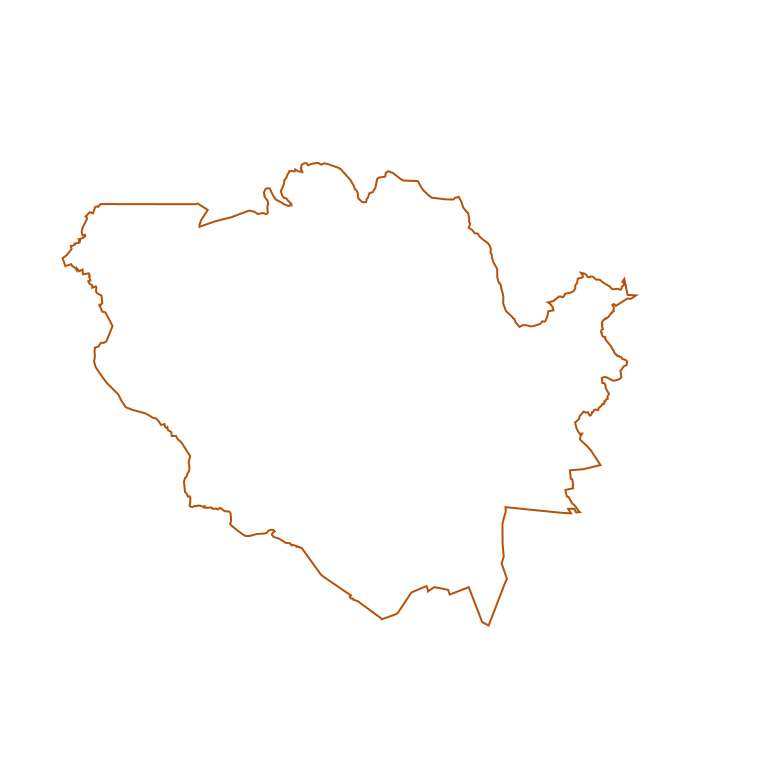 outline of Zacoalco de Torres, Jalisco, Mexico, rotated 161°
{"feature_id": "50627088B31834230260216", "entity_name": "Zacoalco de Torres", "entity_type": "district", "adm_level": 2, "iso_a3": "MEX", "parent_name": "Mexico", "parent_adm1": "Jalisco", "projection": "robinson", "projection_center": [-103.58, 20.244], "detail": "fine", "context": "isolated", "style": "outline", "palette": "amber", "viewbox_px": 768, "rotation_deg": 161, "n_neighbors": 0, "source": "geoboundaries", "source_scale": "gbopen_adm2", "svg_char_len": 6166}
<svg xmlns="http://www.w3.org/2000/svg" viewBox="0 0 768 768"><g transform="rotate(161 384 384)"><path d="M331.2,159.7L331.2,176.2L327.0,181.8L323.8,194.6L317.6,213.0L314.5,218.0L310.6,223.4L309.2,228.0L259.4,205.0L249.3,200.8L250.5,206.0L244.7,204.1L244.2,200.0L240.5,199.1L241.8,202.0L242.9,206.4L245.1,210.2L246.3,217.1L247.7,218.1L247.3,223.8L246.9,224.8L239.2,223.8L238.7,226.4L237.9,226.8L237.2,231.7L237.4,233.3L238.2,233.6L236.4,241.8L222.8,238.5L205.7,236.9L210.0,253.8L212.2,259.1L216.8,267.8L215.1,270.8L212.8,272.6L213.8,273.0L214.9,272.6L215.8,275.2L216.4,279.4L215.9,285.3L211.0,287.4L209.4,290.0L204.1,293.0L202.6,291.2L200.4,291.0L199.8,287.2L198.8,287.1L197.1,288.3L196.7,289.6L195.5,289.5L193.8,290.9L192.6,291.2L190.1,289.5L188.7,291.4L185.5,292.7L183.9,294.1L183.3,293.4L182.7,293.5L181.9,294.1L181.3,295.9L180.3,295.7L178.9,297.1L177.3,297.2L176.8,299.4L174.5,301.4L175.7,307.8L175.1,310.7L175.3,312.6L175.5,313.1L177.2,313.7L176.1,318.8L173.5,318.9L171.6,318.0L167.0,313.2L165.2,312.1L160.8,311.9L158.4,312.5L157.3,313.4L156.2,319.4L151.1,322.8L148.5,322.8L146.8,326.1L147.7,328.0L150.5,330.1L150.9,332.1L152.4,333.1L152.7,334.0L154.3,334.6L154.3,335.8L155.2,336.3L156.1,339.0L155.8,340.2L156.4,341.3L157.1,345.9L159.9,353.3L159.8,354.2L160.3,354.9L159.5,356.2L161.7,357.7L161.8,360.7L161.5,361.5L161.9,361.8L161.9,362.6L160.5,364.4L159.2,364.7L159.0,368.0L157.9,369.4L158.4,370.3L157.6,371.6L155.2,373.2L154.0,373.2L153.7,373.9L152.9,374.0L152.7,373.5L149.9,374.4L146.6,376.7L144.6,377.3L144.2,378.3L142.9,378.3L142.8,379.6L141.7,381.6L142.3,384.4L141.1,384.9L140.1,384.0L139.4,382.4L125.8,385.6L122.9,384.1L116.9,385.7L124.6,388.9L123.7,396.7L123.0,398.3L123.4,398.4L122.6,405.1L125.4,403.0L124.0,401.3L125.5,399.1L127.5,398.5L129.0,396.2L130.3,396.5L131.7,397.9L136.4,398.9L137.9,400.2L138.8,402.8L143.8,408.5L145.8,411.9L147.2,413.0L149.0,413.3L150.1,414.5L151.1,416.7L152.3,417.9L153.5,418.4L154.9,417.9L156.6,418.9L157.1,421.3L158.3,423.0L161.6,425.0L160.7,421.9L161.3,420.3L163.7,420.1L165.0,420.6L166.6,420.3L168.5,416.7L171.0,415.0L172.2,411.8L174.7,410.1L177.0,409.6L183.4,410.4L185.4,408.4L186.8,407.9L188.8,409.4L190.1,409.7L197.1,407.2L202.4,407.8L200.7,405.5L199.5,401.8L199.8,398.5L205.1,399.3L207.4,394.9L210.7,391.2L212.0,390.7L213.9,391.7L216.7,390.0L223.5,390.0L226.6,390.7L229.5,392.8L233.5,394.5L237.3,393.8L239.5,399.5L239.5,403.0L240.6,404.1L240.9,405.7L244.9,413.3L245.0,415.1L245.1,421.4L242.9,427.1L242.3,430.4L242.1,436.1L241.3,439.0L241.7,441.3L242.5,442.0L242.2,447.9L239.7,455.4L239.7,457.0L240.9,463.1L240.8,468.1L240.0,471.4L240.6,473.4L239.0,476.8L239.0,480.1L239.9,483.4L243.7,488.8L245.8,492.7L246.4,495.7L249.1,496.9L250.4,500.6L253.0,504.2L250.4,507.5L250.7,509.9L249.6,512.6L248.8,518.6L249.7,519.7L251.7,525.0L251.5,530.8L252.4,536.6L256.4,536.8L258.0,535.9L260.2,536.5L265.3,538.4L278.2,544.6L280.9,548.7L284.2,555.4L286.0,564.9L298.8,569.8L301.1,571.8L306.8,580.5L310.8,583.9L313.6,583.1L315.3,579.7L322.0,580.9L323.9,579.9L328.1,572.5L332.2,569.0L335.6,569.2L338.4,565.6L340.2,564.5L341.7,561.8L345.2,562.9L347.9,568.0L346.8,572.2L346.8,574.8L347.0,575.9L348.2,577.9L347.9,580.3L349.4,588.0L354.8,600.9L356.5,603.1L365.6,610.3L368.6,612.1L371.9,611.9L374.3,614.4L376.1,614.9L379.6,615.6L384.6,615.6L385.3,617.9L387.3,618.7L390.0,618.2L390.8,617.7L392.0,615.0L392.1,616.0L392.6,614.4L392.1,612.1L392.3,610.9L396.0,613.2L398.1,615.8L399.1,614.2L402.8,615.8L404.4,616.0L404.8,615.0L407.0,613.6L409.1,610.9L412.0,608.9L413.5,605.6L418.8,599.9L418.9,595.0L417.9,592.4L415.9,591.3L415.3,589.1L413.0,584.6L413.4,583.0L414.8,583.7L415.8,583.2L416.8,583.8L420.5,587.0L421.3,588.4L426.3,593.7L427.8,600.0L428.3,606.1L430.3,607.0L432.4,607.0L435.2,604.3L435.5,601.3L435.8,601.3L435.9,600.0L434.4,595.1L434.8,591.9L436.0,590.7L437.0,588.3L438.2,583.5L440.3,583.1L442.6,585.0L448.0,585.8L450.2,588.8L455.0,591.9L473.8,591.4L490.8,592.8L507.3,592.7L506.6,594.6L503.8,598.2L494.0,606.0L501.5,615.4L503.6,615.3L591.1,645.6L593.4,646.4L596.3,644.7L596.4,645.2L599.5,645.3L603.6,640.1L606.3,642.2L611.7,639.5L610.7,638.2L611.1,636.8L618.2,629.7L620.5,626.1L620.6,622.6L618.1,622.4L618.2,621.2L620.9,620.1L624.2,620.1L624.7,618.6L625.6,619.8L626.1,616.8L630.9,617.5L631.0,616.4L633.0,616.1L635.2,616.5L635.4,613.4L642.2,609.0L646.9,607.7L646.9,599.2L640.8,599.1L640.3,596.9L638.3,594.5L637.5,591.5L636.7,593.2L635.5,589.9L631.8,590.3L632.9,585.8L627.0,584.7L627.0,582.0L627.8,581.9L627.9,577.5L630.2,577.4L630.2,576.8L629.6,574.4L627.6,572.2L628.5,570.0L624.7,570.1L624.6,568.5L626.1,565.8L626.1,563.8L622.3,559.4L624.1,551.9L624.9,552.0L626.0,551.0L627.3,551.6L627.6,550.6L627.0,547.5L627.0,544.3L624.1,542.5L621.8,527.2L632.7,514.6L635.4,514.1L638.2,515.1L641.8,512.4L645.5,512.5L647.3,508.5L648.4,504.1L650.8,499.7L651.1,494.0L650.2,490.0L646.0,475.7L638.6,460.6L637.7,453.6L635.8,446.1L630.3,441.5L618.8,433.6L613.3,427.1L610.5,425.5L609.1,421.8L608.2,417.9L604.5,417.5L605.0,414.7L603.7,413.0L602.9,413.5L603.3,411.0L600.8,407.7L601.6,403.9L597.7,402.7L597.1,399.3L594.6,394.8L590.8,378.8L594.3,373.5L594.6,370.8L595.5,367.3L596.6,365.2L598.9,363.4L601.0,360.5L602.5,360.2L604.9,356.9L607.3,346.6L606.3,345.0L606.1,341.5L604.3,341.1L604.1,339.4L606.0,334.6L607.5,332.0L607.3,331.4L605.3,330.0L602.2,330.3L601.5,329.6L599.4,329.6L597.4,328.8L595.4,327.1L593.8,326.9L594.5,325.9L594.3,325.5L592.1,325.2L591.6,324.4L588.6,323.9L587.0,323.0L586.6,321.6L583.1,320.9L582.1,319.5L579.3,320.3L576.2,315.7L571.8,313.7L571.2,311.7L572.4,306.8L573.2,304.2L575.1,302.0L574.0,299.3L570.2,293.1L565.5,286.5L563.9,285.1L560.6,284.1L553.5,283.6L545.0,281.4L543.2,281.5L540.8,283.0L538.6,283.0L536.2,282.1L535.4,280.2L537.5,279.6L538.8,278.7L539.0,278.0L538.7,276.6L537.8,275.1L533.6,272.0L528.4,265.5L524.9,264.2L524.0,261.6L522.9,261.8L518.1,258.1L518.6,258.0L515.2,255.8L505.8,224.6L504.0,221.5L484.1,194.8L485.7,194.0L485.2,192.1L483.0,191.0L483.3,190.1L479.7,187.4L463.5,164.0L462.8,162.3L448.0,162.4L445.4,163.1L425.9,178.0L409.7,179.1L409.5,174.6L409.9,173.6L402.7,175.5L401.7,175.1L390.4,168.5L390.4,163.5L370.0,164.3L368.7,126.9L363.7,121.6L333.9,157.0L331.2,159.7Z" fill="none" stroke="#b45309" stroke-width="2"/></g></svg>